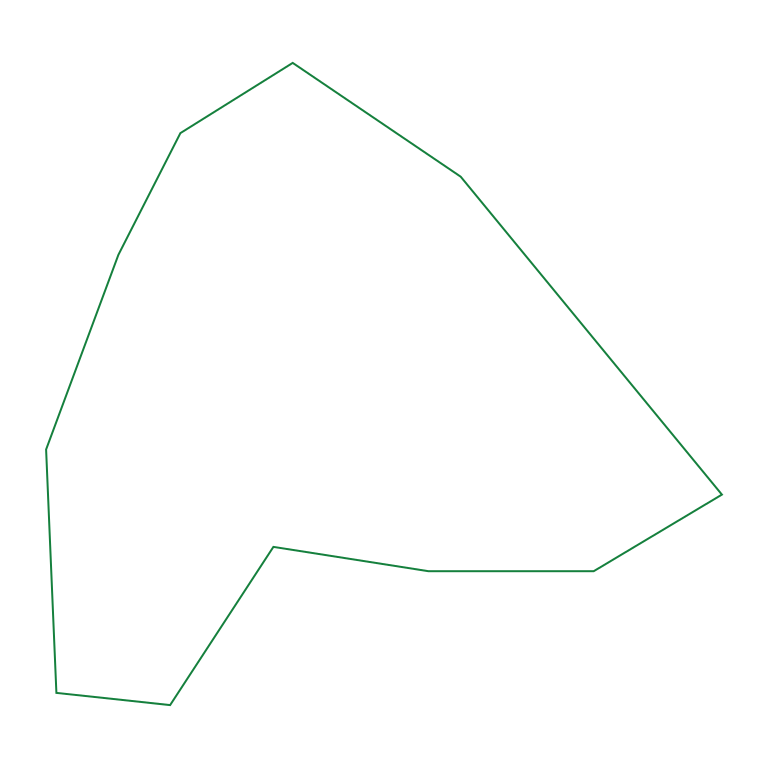 an SVG outline of Saint Mary Cayon
{"feature_id": "KNA-5106", "entity_name": "Saint Mary Cayon", "entity_type": "Parish", "adm_level": 1, "iso_a3": "KNA", "parent_name": "Saint Kitts and Nevis", "parent_adm1": "", "projection": "natural_earth1", "projection_center": [-62.73, 17.347], "detail": "fine", "context": "isolated", "style": "outline", "palette": "green", "viewbox_px": 768, "rotation_deg": 0, "n_neighbors": 0, "source": "natural_earth", "source_scale": "10m", "svg_char_len": 267}
<svg xmlns="http://www.w3.org/2000/svg" viewBox="0 0 768 768"><path d="M292.7,62.9L460.7,176.7L721.9,494.6L593.7,571.2L428.4,571.2L273.4,546.9L170.1,705.1L56.4,692.9L46.1,449.5L118.4,254.8L180.4,133.1L292.7,62.9Z" fill="none" stroke="#15803d" stroke-width="2"/></svg>